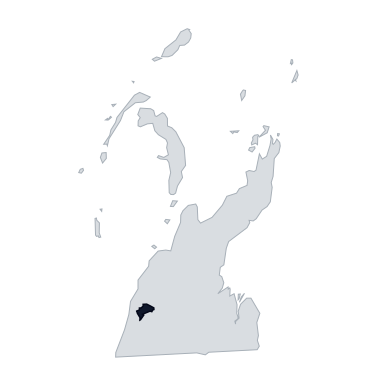 location of Wosera Gawi District, East Sepik, Papua New Guinea, rotated 267°
{"feature_id": "67681753B51099161190944", "entity_name": "Wosera Gawi District", "entity_type": "district", "adm_level": 2, "iso_a3": "PNG", "parent_name": "Papua New Guinea", "parent_adm1": "East Sepik", "projection": "mercator", "projection_center": [142.835, -4.087], "detail": "fine", "context": "in_parent", "style": "filled", "palette": "ink", "viewbox_px": 384, "rotation_deg": 267, "n_neighbors": 0, "source": "geoboundaries", "source_scale": "gbopen_adm2", "svg_char_len": 4299}
<svg xmlns="http://www.w3.org/2000/svg" viewBox="0 0 384 384"><g transform="rotate(267 192 192)"><path d="M31.1,248.8L31.1,200.4L28.7,196.8L31.1,188.3L31.1,107.1L35.7,107.5L57.9,117.4L72.9,122.5L86.0,124.9L98.0,133.0L106.9,133.5L120.1,144.8L125.5,145.6L134.8,155.1L135.4,162.8L134.3,167.7L148.6,172.4L162.2,179.0L169.6,179.6L173.8,182.0L178.8,187.6L179.8,195.1L176.8,196.5L164.1,196.4L160.5,198.9L165.6,210.7L177.2,221.6L185.9,226.6L188.5,236.4L192.9,239.5L195.7,247.3L200.3,248.2L209.1,246.9L210.5,250.2L209.2,255.1L210.5,257.1L226.6,261.3L221.2,263.9L223.7,268.4L234.3,272.3L240.8,273.8L244.8,273.3L240.2,275.6L236.1,274.9L235.3,275.6L237.0,277.5L240.4,279.5L236.8,282.2L233.3,282.5L226.8,280.8L221.1,275.9L203.4,273.8L197.3,271.6L192.4,272.3L178.1,269.7L173.5,266.2L170.3,261.0L161.9,254.7L159.9,251.6L160.7,247.5L158.4,248.1L153.5,245.1L140.6,226.0L134.0,223.3L117.6,220.0L115.3,216.3L107.6,214.9L105.9,217.3L99.7,219.0L94.4,217.2L89.1,212.5L95.3,223.1L93.1,223.1L94.2,224.7L93.0,225.0L86.1,224.3L88.2,228.7L77.0,231.1L68.6,230.3L64.6,231.4L63.0,231.2L60.8,228.0L57.8,228.6L60.3,228.7L63.6,232.4L70.6,231.9L77.4,234.7L83.1,241.0L82.9,245.3L67.3,253.4L58.3,249.9L45.1,250.8L40.4,249.5L34.5,251.1L31.1,248.8ZM265.8,142.0L269.0,144.2L272.2,141.9L278.5,144.7L277.3,155.1L275.3,158.0L270.0,159.1L269.3,160.6L272.8,166.7L271.3,168.9L266.8,171.3L259.2,171.0L257.2,175.2L253.0,179.0L236.7,186.5L218.9,187.0L213.0,182.4L206.9,183.3L198.7,177.8L191.8,175.6L190.4,173.5L190.6,170.8L192.5,169.2L204.8,169.5L212.5,171.7L222.8,170.4L225.6,168.7L226.7,162.0L228.4,159.2L230.1,160.5L228.0,165.7L230.4,170.4L237.6,169.0L242.3,170.1L245.9,168.7L251.0,161.4L255.1,158.1L262.6,156.4L262.4,151.1L259.8,143.8L260.9,141.6L265.8,142.0ZM355.3,195.7L354.4,198.1L353.9,197.3L350.2,199.5L345.9,198.8L342.0,196.4L339.1,192.2L339.0,187.4L334.8,185.3L329.4,179.2L328.3,175.2L328.7,168.6L336.6,172.5L344.7,183.9L352.4,189.0L355.3,195.7ZM294.2,144.9L289.0,155.3L285.7,151.1L284.4,148.1L284.1,140.1L275.7,128.2L267.1,124.3L249.5,111.9L242.6,109.9L244.3,109.4L244.3,106.3L252.9,112.8L258.3,114.3L265.5,119.3L270.4,121.0L291.7,139.6L294.2,144.9ZM154.1,93.4L170.7,93.8L171.0,95.2L168.8,95.4L166.0,97.9L156.0,97.2L151.7,98.5L151.4,96.7L153.0,96.2L152.7,94.3L154.1,93.4ZM237.8,253.8L240.9,255.6L243.5,255.4L245.4,257.4L245.8,260.8L244.7,261.6L243.9,260.6L235.8,259.9L237.4,258.0L235.9,254.1L237.8,253.8ZM235.9,108.3L230.0,108.2L225.6,104.2L231.3,102.3L235.7,104.1L235.9,108.3ZM249.8,268.6L253.6,266.4L254.5,267.2L253.0,272.4L247.2,270.2L243.2,261.8L249.8,268.6ZM280.8,246.4L287.2,245.5L290.3,247.7L291.2,248.6L290.6,250.8L285.3,249.9L280.8,246.4ZM295.7,297.3L307.8,303.1L303.3,304.1L299.5,302.5L299.0,301.1L297.5,301.6L298.3,300.6L295.7,297.3ZM183.7,176.9L178.4,172.6L178.7,169.7L184.3,172.3L183.7,176.9ZM233.9,257.0L232.3,257.2L228.8,254.1L230.9,250.7L233.3,252.0L233.9,257.0ZM327.0,168.4L324.6,161.4L326.6,159.3L328.7,163.7L327.0,168.4ZM165.3,168.4L161.6,165.7L164.3,163.1L166.0,164.4L165.3,168.4ZM221.3,84.3L219.3,84.8L216.6,82.5L217.3,79.9L220.5,81.6L221.3,84.3ZM141.0,151.2L138.8,153.7L137.3,151.8L139.8,149.0L141.0,151.2ZM250.6,233.5L250.7,241.9L249.0,240.3L249.8,236.8L248.2,235.8L250.6,233.5ZM84.5,235.7L88.1,239.1L79.4,233.6L84.5,235.7ZM87.6,234.9L82.9,233.4L81.9,232.4L87.5,232.9L87.6,234.9ZM319.0,298.1L318.7,299.3L315.6,299.5L313.5,297.8L315.5,298.2L315.2,297.0L319.0,298.1ZM283.5,116.5L283.7,120.4L281.4,117.7L283.5,116.5ZM271.8,114.5L270.9,115.5L268.7,112.8L269.1,112.3L271.8,114.5ZM245.9,280.6L245.5,282.3L243.4,281.4L243.7,280.3L245.9,280.6ZM269.9,111.5L268.2,111.9L268.5,109.3L269.9,111.5ZM179.6,99.3L179.8,101.2L177.4,100.8L179.6,99.3ZM305.7,138.2L305.4,139.9L304.1,139.4L305.7,138.2Z" fill="#d9dde1" stroke="#a8b0b8" stroke-width="1"/><path d="M76.6,147.8L78.3,147.8L80.4,144.4L81.0,143.3L82.4,140.9L82.4,137.3L81.3,137.3L80.6,137.3L79.5,135.9L78.9,135.1L78.9,133.4L77.0,133.3L76.1,131.0L76.0,130.5L75.9,130.5L75.0,130.8L74.5,131.0L74.0,131.1L74.1,131.3L74.0,131.5L73.0,131.5L68.9,133.7L68.7,133.5L68.4,133.5L68.2,133.6L67.9,133.5L67.9,133.4L67.7,133.4L67.4,133.4L67.3,133.2L67.2,133.1L67.3,133.1L67.2,133.1L67.0,133.8L71.5,137.3L71.7,137.1L72.5,136.2L73.0,137.6L73.2,138.3L73.6,139.2L74.2,141.0L75.0,143.2L75.2,143.8L74.6,145.6L76.2,146.6L76.6,147.8Z" fill="#0f172a" stroke="#020617" stroke-width="1.5"/></g></svg>